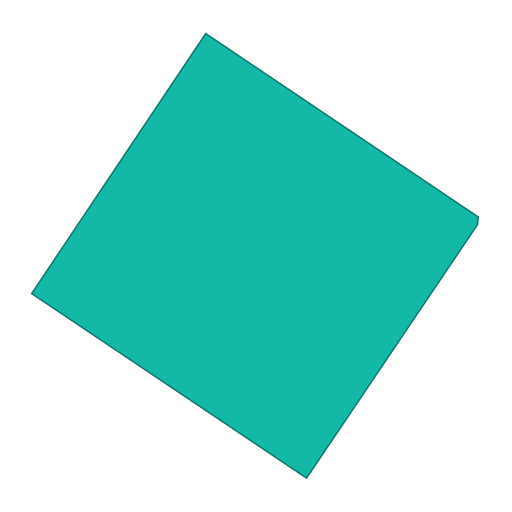 outline of Wheeler, Nebraska, United States of America, rotated 34°
{"feature_id": "52423323B94161938394802", "entity_name": "Wheeler", "entity_type": "district", "adm_level": 2, "iso_a3": "USA", "parent_name": "United States of America", "parent_adm1": "Nebraska", "projection": "natural_earth1", "projection_center": [-98.469, 41.915], "detail": "fine", "context": "isolated", "style": "filled", "palette": "teal", "viewbox_px": 512, "rotation_deg": 34, "n_neighbors": 0, "source": "geoboundaries", "source_scale": "gbopen_adm2", "svg_char_len": 261}
<svg xmlns="http://www.w3.org/2000/svg" viewBox="0 0 512 512"><g transform="rotate(34 256 256)"><path d="M422.1,255.7L422.1,106.1L418.4,99.4L89.9,99.7L91.0,412.6L95.9,412.6L422.1,411.9L422.1,255.7Z" fill="#14b8a6" stroke="#0f766e" stroke-width="1.5"/></g></svg>